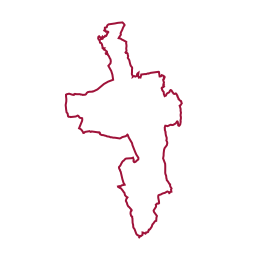 outline of Suesca, Cundinamarca, Colombia, rotated 130°
{"feature_id": "7082276B94455974719005", "entity_name": "Suesca", "entity_type": "district", "adm_level": 2, "iso_a3": "COL", "parent_name": "Colombia", "parent_adm1": "Cundinamarca", "projection": "mercator", "projection_center": [-73.797, 5.134], "detail": "fine", "context": "isolated", "style": "outline", "palette": "rose", "viewbox_px": 256, "rotation_deg": 130, "n_neighbors": 0, "source": "geoboundaries", "source_scale": "gbopen_adm2", "svg_char_len": 5748}
<svg xmlns="http://www.w3.org/2000/svg" viewBox="0 0 256 256"><g transform="rotate(130 128 128)"><path d="M63.5,209.6L64.0,209.2L64.6,209.1L66.0,210.2L67.6,209.0L68.6,208.9L68.6,208.5L67.9,208.2L67.7,208.0L68.4,206.7L67.2,205.6L67.1,204.9L67.3,204.7L69.1,204.6L70.0,204.2L70.8,204.1L71.4,203.9L72.1,204.8L73.1,204.5L73.8,204.8L74.3,205.1L74.4,205.9L74.3,206.3L74.5,206.3L74.9,205.4L75.3,205.0L75.9,204.8L76.4,205.1L77.3,206.0L76.7,206.3L76.3,206.8L76.4,208.4L76.3,209.1L77.1,209.3L78.4,208.6L79.1,207.3L79.1,205.9L80.0,205.1L80.6,204.2L80.2,203.1L80.7,201.6L81.5,200.8L81.7,200.2L83.1,198.9L83.0,198.6L82.5,198.1L82.1,197.4L83.0,197.4L83.4,197.2L83.4,196.8L83.0,195.7L83.1,194.8L83.0,193.3L83.7,192.5L84.1,192.2L84.5,192.4L85.0,193.1L85.3,192.9L85.4,192.2L84.6,191.6L84.4,191.1L85.0,190.2L85.1,189.4L85.3,188.7L86.3,186.7L86.6,185.6L87.9,184.1L89.7,183.0L93.0,183.0L95.1,177.5L97.2,174.2L100.6,170.4L105.2,173.0L109.7,174.7L118.1,176.2L122.3,178.1L122.7,178.6L123.1,178.7L125.1,180.9L126.5,181.9L127.6,182.1L129.2,181.9L130.0,182.2L131.8,184.0L132.1,184.9L132.8,185.8L133.0,186.6L135.0,188.9L136.0,190.6L136.4,190.8L136.5,190.6L136.9,190.5L137.6,190.9L138.3,192.1L139.6,195.2L141.5,196.6L142.3,196.9L143.7,195.7L145.5,193.8L147.4,192.3L150.5,190.5L152.5,188.4L153.5,187.4L155.5,185.1L155.7,183.6L157.5,181.5L157.6,180.8L156.7,179.6L156.6,179.1L153.0,175.6L152.0,175.0L150.9,174.6L150.6,173.8L151.1,172.2L151.1,171.5L150.0,169.4L151.1,168.3L152.2,167.7L159.7,165.3L159.3,163.7L159.4,162.2L160.0,160.0L160.5,159.0L159.9,158.5L158.8,158.4L158.5,158.3L155.1,155.4L155.1,154.3L154.8,153.9L154.1,153.7L153.8,153.3L150.8,148.5L150.8,148.4L150.7,148.2L150.6,148.3L149.7,147.1L149.7,146.7L150.1,146.4L150.1,146.0L150.7,145.3L150.2,143.5L149.3,142.3L148.7,140.8L148.2,139.9L147.9,138.7L146.6,136.6L146.4,135.5L145.7,134.7L144.9,133.1L144.2,132.3L143.3,130.9L141.3,127.6L140.7,127.2L138.6,126.5L135.9,124.6L135.1,124.3L133.5,124.2L133.5,123.7L134.8,121.4L137.0,115.2L138.3,113.5L141.6,107.4L143.0,104.6L144.1,101.0L145.1,100.1L145.6,99.9L146.5,100.2L149.1,100.5L150.1,101.1L150.2,101.6L149.9,102.4L149.7,102.7L148.9,102.9L147.5,105.1L148.9,105.9L152.6,109.8L153.6,110.2L155.8,110.3L156.6,110.6L157.7,110.6L160.7,110.0L161.6,109.7L163.7,109.8L164.0,109.6L164.8,108.6L165.3,107.1L165.7,106.8L166.2,105.5L170.8,99.4L172.8,96.3L173.1,95.8L173.3,94.7L173.6,94.1L175.9,95.9L177.5,96.4L178.1,97.3L179.2,98.1L179.5,97.6L179.1,96.8L179.3,96.1L178.8,95.1L178.8,94.4L179.4,91.5L179.8,90.3L179.9,89.2L181.4,87.1L181.7,85.3L181.5,83.8L183.6,83.6L185.2,82.8L186.2,80.5L187.1,79.3L187.9,77.4L187.8,76.6L188.4,72.7L188.7,72.3L189.4,72.4L189.6,72.1L190.1,72.2L190.8,71.9L192.1,70.9L193.3,69.1L193.2,67.9L193.6,67.7L194.4,66.5L197.7,63.5L199.0,61.7L200.0,60.8L200.8,59.9L201.3,57.9L203.7,53.7L203.9,53.0L204.0,51.8L203.5,50.7L203.5,49.6L204.1,49.2L205.3,49.3L204.9,49.1L202.7,49.1L202.4,48.6L200.5,48.2L198.7,49.7L198.2,48.6L197.7,46.7L197.1,46.7L196.4,47.0L195.3,46.0L194.9,45.8L194.6,45.8L193.8,46.3L193.2,46.2L192.5,46.7L191.9,46.2L191.3,46.1L188.3,46.4L186.2,47.3L184.9,47.2L182.3,47.4L181.8,47.3L181.0,46.7L178.4,48.6L176.8,49.3L175.6,54.1L174.9,55.2L174.5,55.4L170.4,55.9L169.6,56.4L168.9,57.4L167.0,57.1L166.7,56.4L166.0,55.9L165.6,55.9L164.3,57.1L162.0,60.0L160.7,61.1L160.0,61.4L159.2,61.1L158.0,60.2L156.6,59.7L155.4,59.1L154.1,58.1L151.6,57.2L151.3,57.0L151.0,55.9L150.9,55.3L151.4,54.5L151.3,54.4L150.0,54.6L148.9,53.8L147.6,55.4L146.3,55.8L145.7,57.8L145.0,58.8L144.1,59.5L144.2,60.4L143.3,63.0L143.0,64.8L142.2,65.6L141.9,66.2L140.0,68.2L139.3,69.6L138.5,70.6L133.2,75.0L131.5,76.6L128.7,81.6L126.4,82.9L124.5,84.4L121.6,86.3L120.0,87.0L116.2,87.2L114.3,88.2L113.6,89.0L112.8,90.7L111.8,91.1L110.6,92.1L109.3,94.2L107.4,96.4L107.0,96.5L105.8,98.6L105.1,99.0L104.3,100.0L102.3,100.9L101.9,100.4L101.2,98.9L98.2,97.5L97.9,97.2L97.5,96.2L96.6,95.4L94.1,94.5L92.5,94.4L91.7,94.7L91.4,94.6L91.2,94.4L91.3,93.9L92.6,92.3L93.6,91.4L93.7,91.0L93.7,90.7L93.4,90.2L92.4,90.2L91.7,90.3L89.4,91.6L88.2,92.8L87.0,93.4L85.5,94.6L85.0,95.4L83.8,96.4L82.3,97.2L81.0,98.8L79.6,99.9L78.8,101.1L77.9,102.2L77.8,102.7L77.4,102.7L76.5,102.4L74.5,102.7L74.2,103.4L73.8,103.7L73.7,104.3L73.3,104.7L73.3,105.0L73.5,105.4L73.5,106.8L73.1,107.7L73.2,108.1L72.9,108.2L72.3,109.9L71.9,110.2L72.0,110.5L71.3,111.4L71.3,111.8L70.9,112.5L70.8,113.6L71.9,114.1L72.4,115.1L72.1,115.9L72.1,116.6L71.6,117.7L71.6,118.1L71.3,118.7L71.3,119.2L71.6,119.8L72.7,119.8L73.6,119.4L74.2,119.4L75.4,119.9L75.8,120.0L76.1,120.2L77.2,120.3L78.7,119.8L80.0,120.4L79.0,122.3L77.4,123.9L77.3,125.2L77.0,125.6L76.9,126.3L76.3,127.0L76.1,127.6L75.7,127.9L75.0,127.9L74.0,127.2L73.5,127.6L73.1,127.2L72.8,127.2L72.6,128.3L72.3,128.3L72.0,128.8L71.3,128.7L71.1,129.3L69.9,129.8L69.0,131.4L68.2,132.2L67.6,131.9L67.2,132.2L66.7,132.2L66.4,132.7L65.9,132.6L65.8,133.3L65.2,133.3L65.3,134.6L65.8,136.1L66.3,136.0L67.2,136.0L68.0,136.6L68.2,136.9L65.2,140.3L65.3,140.7L71.2,146.1L73.1,147.2L73.1,147.5L73.4,147.8L75.2,148.9L75.8,149.7L78.5,152.2L79.2,151.8L81.1,151.0L81.1,151.4L81.3,151.6L82.4,152.0L82.3,152.3L81.6,153.6L80.6,154.5L79.0,155.5L79.9,155.7L81.0,155.6L82.4,154.6L83.2,155.1L83.8,155.3L84.0,155.5L84.1,156.3L84.4,156.8L85.1,157.2L85.6,157.3L85.1,157.6L84.5,159.3L84.0,159.9L82.7,160.8L80.8,162.4L79.7,163.1L79.0,163.8L78.5,166.0L77.3,167.9L75.3,170.5L75.0,171.2L74.4,173.3L72.8,174.1L72.3,175.0L71.3,176.0L71.1,176.7L71.9,177.8L71.7,178.5L70.5,178.5L69.9,178.7L68.2,180.5L66.2,181.8L65.0,183.0L64.4,183.8L63.1,184.7L63.8,188.2L64.2,189.6L64.3,191.2L65.2,192.9L64.5,193.1L61.3,193.4L60.8,193.7L60.3,194.5L59.2,194.9L56.2,195.6L55.0,196.1L52.6,196.7L51.7,196.6L51.1,197.1L50.8,198.8L50.7,200.1L54.0,203.4L56.3,205.2L61.1,209.5L62.3,209.8L63.5,209.6Z" fill="none" stroke="#9f1239" stroke-width="2"/></g></svg>